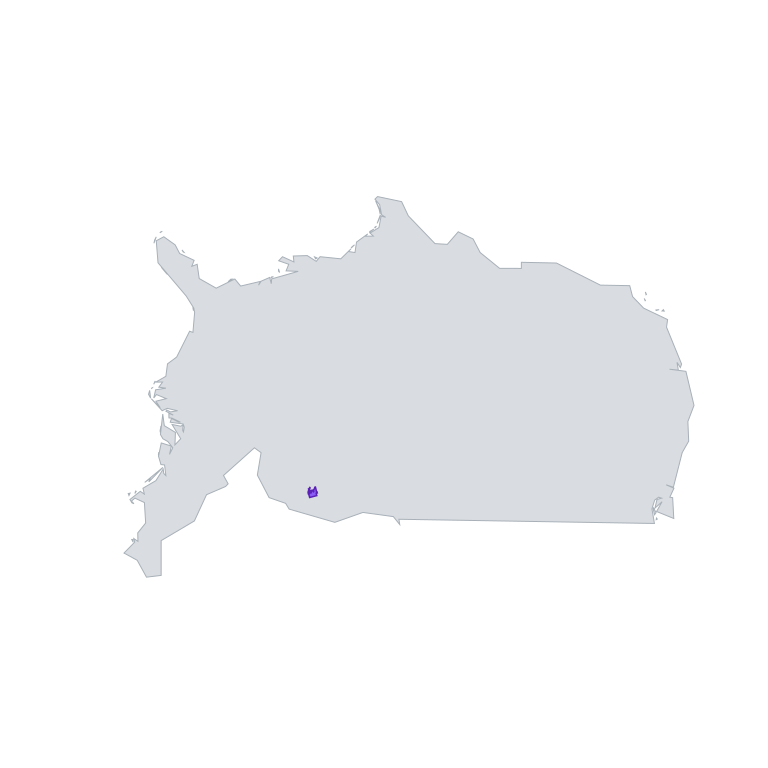 location of Delta, Michigan, United States of America, rotated 165°
{"feature_id": "52423323B33071012110006", "entity_name": "Delta", "entity_type": "district", "adm_level": 2, "iso_a3": "USA", "parent_name": "United States of America", "parent_adm1": "Michigan", "projection": "albers", "projection_center": [-86.773, 45.817], "detail": "fine", "context": "in_parent", "style": "filled", "palette": "violet", "viewbox_px": 768, "rotation_deg": 165, "n_neighbors": 0, "source": "geoboundaries", "source_scale": "gbopen_adm2", "svg_char_len": 5410}
<svg xmlns="http://www.w3.org/2000/svg" viewBox="0 0 768 768"><g transform="rotate(165 384 384)"><path d="M602.6,300.8L639.8,290.4L648.8,256.8L663.4,258.9L668.0,277.6L678.9,288.0L665.7,295.8L665.7,299.5L662.4,295.7L660.4,303.9L650.2,311.4L646.1,331.5L654.1,338.2L658.3,336.3L656.5,333.1L658.2,334.4L659.3,338.2L647.2,343.4L644.0,339.7L643.8,345.7L629.3,349.7L619.3,359.0L619.9,354.6L618.4,352.0L616.9,362.6L620.3,363.9L620.5,372.6L614.4,384.7L605.5,379.1L609.4,371.5L604.5,377.1L607.7,384.4L611.7,388.3L613.0,393.1L605.5,412.2L607.0,400.6L598.0,391.2L601.7,379.3L594.5,383.7L599.2,399.8L591.2,395.8L588.7,396.6L590.5,391.2L590.1,389.6L588.1,394.0L588.4,397.4L600.4,402.4L598.2,405.7L592.5,400.6L590.5,399.8L597.6,405.9L600.5,406.9L599.4,411.3L595.6,408.5L601.7,414.1L600.5,415.1L597.5,412.3L590.3,411.6L599.7,416.6L605.2,415.6L612.6,430.0L606.3,419.1L608.8,426.4L598.1,426.2L606.5,432.7L610.0,430.1L606.1,437.5L595.7,436.4L602.3,439.2L597.4,443.2L603.9,444.9L592.7,447.9L587.9,459.5L577.3,463.7L558.1,485.3L555.2,483.3L548.4,502.1L548.1,506.6L552.3,520.2L570.9,559.6L566.9,581.3L558.6,583.2L549.7,572.4L547.6,562.9L535.4,552.6L539.2,547.4L533.5,548.0L535.2,533.7L521.3,520.0L500.9,524.0L497.1,515.7L477.1,515.1L479.6,511.9L476.1,515.1L466.9,516.5L466.9,510.1L465.3,514.6L437.7,515.0L449.3,518.6L445.0,524.3L453.8,530.3L449.1,533.2L439.4,525.2L438.5,531.1L424.9,527.9L417.7,520.0L412.8,523.5L393.3,516.1L380.9,523.1L384.1,521.2L378.0,518.5L373.8,528.2L360.8,533.2L363.9,531.6L356.0,529.6L358.4,533.4L348.4,536.4L343.3,547.0L339.3,544.6L342.5,548.1L341.8,558.3L344.9,564.9L341.7,566.7L319.8,555.6L317.0,540.1L298.4,506.4L286.7,502.5L272.9,511.8L260.4,501.0L257.1,486.1L242.4,465.8L221.4,460.1L219.8,466.0L186.1,456.2L149.4,423.5L121.2,415.4L121.3,404.1L113.6,390.1L93.4,372.8L96.4,365.8L91.4,326.2L93.5,323.2L95.4,329.1L96.1,321.2L104.4,324.4L89.1,318.1L90.1,283.1L100.2,269.1L104.5,249.9L113.7,240.6L131.2,209.4L137.6,213.6L130.9,208.3L137.2,200.7L134.6,199.5L138.9,179.1L153.7,190.3L145.9,198.3L154.4,194.0L150.2,201.8L145.4,201.9L148.0,203.6L152.6,201.8L157.5,194.1L158.9,179.3L404.6,249.5L405.2,244.2L409.3,253.5L437.6,265.4L467.3,263.1L508.0,287.7L509.9,294.2L524.4,304.0L529.9,328.8L520.5,349.5L525.7,355.9L562.7,337.2L560.4,327.9L563.6,326.0L584.1,323.0L602.6,300.8ZM634.4,353.1L640.6,350.9L619.1,360.7L636.5,350.3L634.4,353.1ZM156.5,187.7L156.3,193.9L155.7,194.6L154.5,189.3L156.5,187.7ZM344.7,563.1L342.9,553.9L343.7,548.8L343.5,554.2L344.7,563.1ZM667.3,296.2L667.9,299.1L666.8,298.7L667.3,296.2ZM417.7,522.6L418.2,524.8L416.0,523.0L417.7,522.6ZM99.0,384.6L102.1,384.6L102.2,385.1L99.0,384.6ZM96.5,382.6L94.9,383.5L94.5,381.9L96.5,382.6ZM653.0,342.7L651.6,344.9L651.1,344.5L653.0,342.7ZM346.1,544.4L343.8,548.2L349.1,540.9L346.1,544.4ZM565.3,546.6L568.9,554.4L564.7,545.9L565.3,546.6ZM110.2,396.8L110.5,399.3L109.9,396.9L110.2,396.8ZM568.3,582.4L565.9,585.1L569.8,579.5L568.3,582.4ZM614.1,435.0L612.0,438.5L613.1,430.7L614.1,435.0ZM156.2,182.5L155.5,184.0L155.0,182.8L156.2,182.5ZM358.3,535.0L353.6,536.3L358.5,534.4L358.3,535.0ZM659.2,342.3L659.4,344.4L657.5,344.3L659.2,342.3ZM107.8,402.4L107.7,405.3L107.3,402.6L107.8,402.4ZM352.4,537.7L350.4,538.5L352.2,537.1L352.4,537.7ZM612.4,396.7L610.3,401.3L612.6,395.0L612.4,396.7ZM379.4,524.8L376.4,526.1L380.7,523.7L379.4,524.8ZM549.1,504.2L548.8,507.6L548.4,505.3L549.1,504.2ZM605.0,445.4L604.1,446.1L606.5,443.3L605.0,445.4ZM508.2,523.1L504.8,524.9L503.5,524.6L508.2,523.1ZM465.6,515.9L465.0,516.5L463.0,516.3L465.6,515.9ZM543.8,563.5L544.4,565.8L543.1,563.0L543.8,563.5ZM456.7,520.4L456.1,522.5L456.0,518.7L456.7,520.4ZM560.6,588.6L558.6,588.9L561.4,588.1L560.6,588.6ZM620.2,374.1L619.2,376.5L620.3,373.2L620.2,374.1ZM610.0,439.5L609.0,440.4L608.7,440.4L610.0,439.5Z" fill="#d9dde1" stroke="#a8b0b8" stroke-width="1"/><path d="M477.6,302.2L477.9,301.6L478.0,301.5L478.2,301.0L478.5,300.6L478.9,300.3L479.1,300.3L479.2,300.1L479.3,300.1L479.6,300.0L479.5,299.8L479.6,299.6L479.7,299.4L479.6,299.2L479.6,298.6L479.7,298.4L479.8,298.2L480.0,298.1L480.3,298.5L480.4,298.8L480.4,299.1L480.4,299.3L480.4,299.7L480.4,299.8L480.3,300.0L480.5,300.2L480.5,300.3L480.5,300.5L480.7,300.1L481.0,300.1L481.1,299.9L481.4,299.9L481.5,299.9L481.8,299.8L481.8,299.7L482.0,299.3L482.0,299.2L481.9,299.2L482.0,299.1L482.2,298.9L482.3,298.7L482.4,298.4L482.3,298.2L482.3,297.9L482.6,297.7L482.9,298.0L483.7,298.2L483.8,298.1L483.8,297.8L483.9,297.7L484.0,297.6L484.3,297.3L484.5,297.2L484.6,297.3L484.8,297.5L484.8,297.9L484.7,298.1L484.5,298.3L484.6,298.5L484.4,298.6L484.3,298.8L484.3,299.0L484.2,299.0L484.0,298.9L483.8,298.9L483.8,299.2L483.8,299.4L483.7,299.6L483.4,299.8L483.5,299.9L483.5,300.0L483.4,300.2L483.3,300.3L483.1,300.2L483.0,300.3L483.0,300.5L483.1,300.8L483.3,300.9L483.3,301.0L483.5,301.2L483.7,301.3L483.8,301.2L483.9,301.3L484.0,301.4L484.0,301.2L483.9,300.7L484.0,300.5L484.3,300.6L484.3,300.3L484.3,300.0L484.3,299.9L484.7,300.0L484.8,300.0L484.8,299.9L484.9,299.6L485.0,299.4L485.3,299.4L485.5,299.2L485.5,299.3L485.5,297.3L485.2,297.3L485.2,293.6L484.0,293.6L479.1,293.6L477.8,293.6L477.8,296.0L476.6,296.0L476.6,297.2L477.0,297.3L476.9,302.2L477.6,302.2ZM483.2,301.3L483.2,301.6L483.5,301.9L483.7,302.3L483.8,302.3L483.9,302.1L483.9,301.9L483.7,301.7L483.5,301.4L483.4,301.3L483.2,301.3ZM482.3,302.7L482.3,302.9L482.3,303.1L482.5,303.3L482.7,303.1L482.6,302.8L482.5,302.7L482.3,302.7Z" fill="#8b5cf6" stroke="#5b21b6" stroke-width="1.5"/></g></svg>